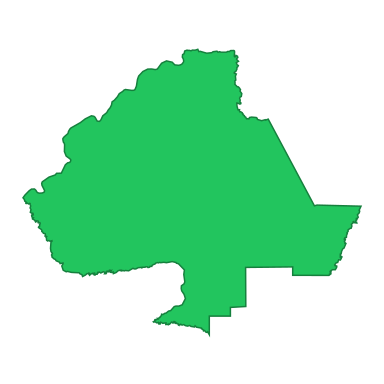 the district of Lusangazi, Eastern, Zambia
{"feature_id": "96606910B89827390447979", "entity_name": "Lusangazi", "entity_type": "district", "adm_level": 2, "iso_a3": "ZMB", "parent_name": "Zambia", "parent_adm1": "Eastern", "projection": "mercator", "projection_center": [31.454, -13.775], "detail": "fine", "context": "isolated", "style": "filled", "palette": "green", "viewbox_px": 384, "rotation_deg": 0, "n_neighbors": 0, "source": "geoboundaries", "source_scale": "gbopen_adm2", "svg_char_len": 5901}
<svg xmlns="http://www.w3.org/2000/svg" viewBox="0 0 384 384"><path d="M34.5,189.0L31.5,189.1L29.2,190.7L25.0,195.0L23.0,197.8L24.3,199.4L24.8,201.2L25.9,201.7L25.9,203.4L26.6,203.5L27.0,203.0L28.7,204.0L29.7,203.3L30.1,203.5L30.0,204.2L30.7,206.0L30.1,207.9L31.0,209.6L30.3,212.3L31.5,213.1L32.9,213.3L33.3,214.8L32.9,215.1L32.0,214.7L31.6,215.4L32.0,217.1L33.4,217.8L32.4,218.6L32.5,219.0L34.6,220.1L35.6,222.0L36.2,221.7L35.9,221.0L36.2,220.8L38.0,221.0L38.4,221.5L38.0,222.3L38.3,222.9L39.9,222.7L40.2,223.7L39.5,224.8L39.7,226.1L38.6,226.9L38.5,227.5L41.2,229.4L41.9,230.4L41.8,231.5L42.8,232.2L43.4,233.3L45.2,233.7L45.4,235.1L45.0,236.0L46.6,236.5L46.0,237.3L46.4,237.9L46.6,240.2L47.6,241.0L48.9,240.5L50.0,241.2L51.9,240.7L51.9,241.4L51.0,241.8L50.5,248.4L51.0,251.6L52.4,253.4L51.5,255.0L52.1,255.9L51.9,256.9L54.0,258.9L55.3,259.4L56.2,260.8L59.5,262.2L60.1,263.6L63.0,263.0L63.1,263.7L61.8,266.0L63.2,270.2L66.2,271.8L67.5,271.4L71.5,272.4L79.3,272.8L79.9,273.8L81.9,274.6L82.6,276.5L85.5,275.0L87.0,273.6L88.2,273.7L88.9,273.0L89.4,273.5L89.0,274.4L89.6,275.3L90.8,274.1L92.4,273.3L92.9,273.9L93.5,273.7L94.1,273.0L94.4,273.1L93.7,274.1L94.0,274.8L95.0,275.1L95.5,274.3L97.2,274.2L97.6,272.6L98.1,273.0L99.1,272.0L100.8,273.0L103.4,271.7L104.7,272.4L105.5,272.3L104.6,273.7L106.0,273.7L106.7,272.6L106.9,271.2L107.3,271.1L108.3,271.8L109.4,270.2L110.0,270.2L109.9,271.2L111.3,270.6L110.5,272.3L112.1,272.5L113.2,272.0L113.4,273.6L116.2,272.5L118.2,270.7L120.0,270.2L120.6,270.2L120.6,270.6L121.6,270.3L121.8,270.9L123.0,270.5L124.2,270.9L125.3,270.5L128.7,270.8L133.0,268.3L134.1,268.9L135.9,268.9L138.1,267.7L141.5,267.4L141.9,267.9L142.4,267.3L145.2,267.2L145.6,266.8L147.3,266.8L147.9,267.5L148.9,267.4L149.7,267.1L149.9,266.4L151.8,266.4L152.0,265.5L153.3,264.6L155.0,264.0L155.9,263.0L157.5,262.6L158.3,262.9L159.8,262.4L160.6,262.7L163.8,262.3L166.5,262.7L172.2,261.6L176.0,262.5L176.4,263.2L178.4,263.7L184.4,269.9L183.8,274.5L184.8,281.8L184.1,283.8L181.4,285.8L181.2,288.5L181.7,290.8L184.1,294.4L185.4,298.6L182.2,304.8L178.8,306.1L175.9,306.1L174.2,306.6L170.7,310.6L168.5,311.1L166.1,313.1L164.8,313.3L163.0,314.5L161.6,314.2L161.4,315.6L160.2,316.7L160.1,317.4L159.1,317.7L158.5,318.8L157.6,318.5L157.8,319.1L156.1,319.4L155.8,320.0L155.4,319.8L154.8,320.8L154.6,320.5L154.4,321.3L153.4,321.8L153.9,322.2L154.8,321.4L156.5,322.8L158.4,322.7L158.7,323.9L159.7,324.0L159.1,322.7L160.4,323.2L160.8,322.2L162.7,323.3L166.0,322.9L165.8,324.5L167.9,324.4L168.2,324.7L168.8,324.1L169.0,324.4L169.7,324.1L171.5,322.1L172.7,322.9L172.8,322.4L173.7,322.7L173.9,322.1L173.6,321.9L174.0,321.5L175.4,322.1L175.2,322.9L175.8,322.9L175.8,323.3L176.7,323.1L177.0,323.7L178.2,323.9L178.4,325.0L179.0,325.3L179.1,324.5L180.2,324.8L180.8,324.2L182.0,325.1L183.8,324.6L185.3,325.6L187.5,326.1L189.8,325.5L190.9,326.4L194.5,327.0L195.1,325.8L196.5,327.2L201.5,328.1L201.8,328.5L201.6,328.8L203.2,329.8L203.5,330.9L204.5,330.5L206.1,332.3L207.2,332.3L207.6,331.8L209.3,334.7L209.3,316.1L230.4,316.1L230.4,307.4L245.8,306.5L245.6,267.4L292.7,266.9L292.7,275.3L328.9,275.4L329.6,274.9L329.5,274.3L330.7,274.1L330.9,273.4L330.3,273.4L330.9,271.8L330.1,271.7L330.3,271.1L332.5,269.7L335.3,269.7L336.6,267.5L336.8,266.1L335.4,265.6L334.6,266.2L335.0,265.7L334.7,264.8L336.3,262.7L337.7,262.5L338.6,259.8L340.4,260.0L341.2,258.5L340.9,257.6L341.1,257.4L341.4,257.9L341.8,257.3L341.9,256.7L341.5,256.4L340.7,256.1L340.3,256.5L340.3,254.1L341.1,253.9L341.7,251.0L342.8,248.8L344.0,248.1L345.9,243.5L345.0,243.3L345.2,242.8L344.4,241.5L345.4,239.7L345.2,239.2L344.4,239.4L344.5,238.4L345.0,237.7L346.4,237.4L346.6,235.0L347.3,233.6L346.9,232.9L348.1,231.4L348.0,230.0L349.9,228.5L351.1,228.3L351.9,226.1L351.4,224.3L352.7,223.2L353.2,221.7L353.5,221.6L353.8,222.6L356.8,223.0L356.6,222.2L355.4,222.1L355.4,221.2L356.8,219.8L356.2,219.1L356.4,218.4L357.3,218.5L358.2,217.2L357.4,214.8L359.2,212.9L359.7,211.1L359.1,210.3L361.0,206.2L317.0,205.1L314.4,205.8L268.2,119.1L265.6,120.1L265.3,119.7L261.6,120.7L257.4,119.4L257.1,118.2L256.2,117.5L251.6,117.1L249.5,117.5L248.9,118.9L247.5,118.7L247.2,119.3L247.3,118.8L246.5,118.8L245.7,117.1L244.6,116.6L244.4,115.7L243.0,114.6L243.1,114.0L242.5,113.7L242.3,112.8L240.6,111.7L239.8,111.8L239.3,110.6L239.5,109.7L238.0,109.8L237.0,106.1L236.8,103.1L237.7,103.1L239.9,104.1L240.8,103.7L240.9,102.9L239.9,102.0L240.2,100.1L239.6,98.3L240.1,97.1L241.3,96.5L241.8,93.6L240.0,91.1L240.5,89.7L239.5,88.1L238.4,86.9L237.2,86.7L234.8,84.2L235.1,83.1L234.8,81.0L235.8,80.1L235.4,76.1L236.3,74.0L234.3,73.2L234.3,72.4L235.9,71.3L236.9,69.2L236.9,67.4L237.8,66.7L238.3,65.5L237.1,64.8L236.3,62.6L238.5,61.3L236.6,59.4L236.7,58.6L237.8,57.6L237.5,56.2L236.0,55.4L235.4,56.7L234.7,56.8L234.3,56.3L234.6,51.9L234.4,50.9L233.8,50.5L230.5,50.6L229.3,51.6L227.9,51.4L226.3,52.2L220.9,52.2L219.7,51.7L218.0,52.2L217.0,51.2L213.1,51.7L211.7,52.7L206.7,53.2L200.1,51.3L198.8,51.6L197.8,49.3L195.1,50.2L192.4,50.1L191.0,50.8L189.0,50.3L187.8,50.5L187.1,50.1L184.7,51.0L184.1,53.7L182.6,54.6L182.3,57.1L183.3,58.9L183.7,61.1L183.4,62.2L181.9,64.1L180.4,64.9L178.6,65.3L174.8,64.9L172.2,62.2L166.5,60.9L161.6,63.2L157.3,69.1L155.3,69.6L151.7,69.0L147.7,69.1L142.9,71.5L138.7,76.0L137.5,79.3L136.4,86.2L134.9,89.7L133.7,90.3L131.8,90.4L125.4,89.5L123.7,90.3L122.9,91.3L119.3,93.6L117.4,96.8L114.3,100.3L112.1,101.8L111.5,105.0L110.1,107.8L108.3,109.9L106.7,112.7L102.8,115.8L100.9,119.9L99.5,121.4L97.2,121.1L95.1,117.3L93.9,116.3L91.4,115.8L85.2,118.9L80.4,122.6L71.0,127.9L69.9,129.0L68.5,131.4L68.0,133.5L64.1,136.9L62.9,138.5L62.9,139.8L63.4,142.2L64.2,143.2L64.6,144.8L64.4,151.6L66.2,156.1L69.9,158.8L70.8,159.9L70.7,160.9L69.8,162.4L67.7,162.8L65.4,164.7L61.3,173.2L56.6,173.3L55.1,175.0L49.0,177.1L42.3,181.8L41.7,183.4L42.0,185.4L44.6,190.6L44.2,192.1L42.3,193.0L39.4,193.2L37.7,192.7L36.8,191.9L35.9,190.3L34.5,189.0Z" fill="#22c55e" stroke="#15803d" stroke-width="1.5"/></svg>